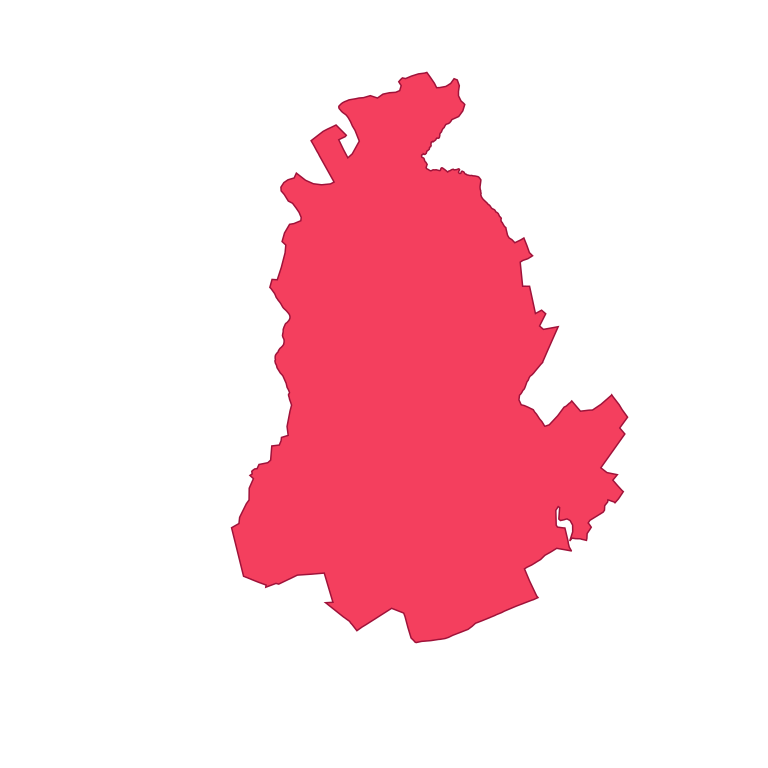 the district of Ixtacomitán, Chiapas, Mexico, rotated 329°
{"feature_id": "50627088B13512547734143", "entity_name": "Ixtacomitán", "entity_type": "district", "adm_level": 2, "iso_a3": "MEX", "parent_name": "Mexico", "parent_adm1": "Chiapas", "projection": "natural_earth1", "projection_center": [-93.084, 17.427], "detail": "fine", "context": "isolated", "style": "filled", "palette": "rose", "viewbox_px": 768, "rotation_deg": 329, "n_neighbors": 0, "source": "geoboundaries", "source_scale": "gbopen_adm2", "svg_char_len": 6159}
<svg xmlns="http://www.w3.org/2000/svg" viewBox="0 0 768 768"><g transform="rotate(329 384 384)"><path d="M552.3,132.5L552.4,137.1L548.6,140.6L544.3,140.0L538.8,137.2L532.4,135.0L525.7,135.5L520.8,129.8L513.9,128.0L509.9,126.0L506.4,124.8L500.3,122.4L498.5,122.2L495.6,121.7L493.1,121.6L491.0,121.9L488.5,122.6L487.9,123.2L487.4,124.8L487.7,126.3L488.0,128.5L488.5,130.1L490.0,133.6L490.3,135.3L490.5,137.2L490.4,141.9L489.8,146.5L489.8,151.7L487.9,163.1L475.3,170.4L469.5,171.5L470.0,162.1L471.0,151.3L478.2,152.0L479.8,151.4L476.3,137.3L471.7,136.9L467.0,136.4L462.0,136.1L446.8,137.9L446.7,143.9L446.4,150.0L446.4,152.9L446.2,155.1L445.3,183.4L445.2,185.2L441.1,184.9L433.1,181.1L426.6,176.0L421.7,169.0L417.5,158.1L413.1,161.1L406.9,159.5L401.9,159.8L397.0,162.2L395.3,165.5L396.1,170.2L396.2,177.9L398.7,182.0L399.3,187.9L399.6,193.2L398.8,198.6L396.8,201.2L389.4,200.1L385.3,198.5L376.5,203.3L370.0,209.4L371.4,214.3L366.8,220.6L356.0,231.2L346.2,239.7L341.9,236.7L335.9,242.4L336.3,244.0L336.8,249.8L336.7,251.3L336.2,254.3L336.4,256.1L336.4,257.4L336.8,260.3L336.9,262.0L336.8,266.0L337.0,267.5L337.8,270.2L338.1,271.4L338.6,274.6L338.6,276.1L338.2,277.6L337.4,279.0L336.3,279.9L335.0,280.6L332.5,281.4L330.9,281.5L330.1,281.9L328.6,283.0L327.7,283.6L325.7,285.3L324.4,287.4L322.9,289.0L321.9,290.2L321.5,291.6L321.2,294.3L320.7,295.4L319.9,296.7L319.0,297.6L318.5,298.3L316.5,299.2L314.5,299.7L313.2,299.9L312.5,300.2L311.0,300.9L309.4,302.1L307.9,302.4L305.8,303.4L304.8,304.5L303.9,306.0L303.4,307.3L302.4,308.0L301.6,310.3L301.5,312.4L300.7,315.0L300.8,321.3L301.3,323.4L301.5,325.1L301.3,326.7L300.5,333.0L299.2,337.0L299.1,339.5L298.7,342.5L297.9,343.4L296.9,343.6L296.2,344.9L295.8,346.7L295.1,348.7L294.6,351.4L293.9,354.5L289.5,358.8L279.0,370.5L275.4,378.7L268.6,377.0L266.6,379.6L262.8,382.4L255.9,379.3L247.6,390.9L243.8,391.6L235.4,388.6L231.6,391.2L229.4,390.2L227.2,390.4L225.7,390.7L224.7,393.2L222.0,393.3L223.3,397.9L214.8,403.9L208.6,413.9L204.4,415.7L191.6,423.9L187.8,428.9L179.3,428.7L164.6,476.5L174.0,488.9L179.4,495.6L178.0,497.3L188.7,499.3L190.7,501.3L211.3,503.2L223.8,509.6L235.4,515.3L227.8,544.8L221.3,541.4L229.2,562.6L232.3,569.8L232.3,571.4L232.8,573.9L233.7,581.5L240.2,581.0L244.6,581.0L275.0,580.2L282.4,589.8L282.9,590.6L282.2,594.3L279.1,605.0L276.4,615.7L277.3,619.0L277.7,621.3L278.4,622.2L283.7,624.0L292.0,628.1L293.7,628.8L299.1,631.0L300.5,631.7L305.2,633.6L308.8,634.4L313.5,634.8L329.7,637.6L334.7,637.1L339.2,636.2L345.4,637.3L359.8,639.5L361.5,639.6L367.0,640.5L370.3,640.7L382.9,642.5L399.2,645.4L400.9,645.8L406.0,646.4L405.7,644.3L407.3,628.0L409.2,614.8L412.0,614.7L417.5,615.2L423.4,615.1L427.9,615.1L433.7,613.7L440.7,613.9L447.4,613.8L453.3,618.9L459.0,623.9L458.7,623.5L458.8,619.2L460.0,615.3L460.5,614.3L460.9,613.2L464.9,600.6L463.6,599.7L459.0,596.0L458.9,593.7L466.2,580.8L470.2,578.8L470.9,580.4L464.3,589.8L464.9,591.9L468.4,593.1L469.4,593.3L471.4,593.9L473.2,596.9L473.0,602.1L469.6,607.9L462.4,614.2L465.7,613.0L466.1,613.2L468.5,615.2L472.3,617.6L472.9,618.2L473.3,618.7L477.0,622.3L478.4,620.8L481.1,616.8L486.0,614.5L487.9,613.5L487.7,609.8L487.4,608.3L490.3,606.9L505.9,606.7L508.0,605.7L510.5,602.0L515.0,600.3L516.3,598.6L516.5,598.8L518.9,601.8L520.4,603.5L520.8,604.8L525.9,603.2L533.7,599.5L533.2,598.0L532.0,592.0L530.6,584.3L537.3,581.9L529.5,574.8L526.7,567.5L564.7,550.9L563.4,543.1L575.7,537.9L574.9,528.6L574.9,522.9L573.7,512.6L573.6,510.5L573.0,510.8L559.4,513.2L549.3,513.7L546.0,511.9L538.4,508.5L536.2,495.2L533.9,496.0L533.1,495.9L528.9,496.8L526.4,496.6L516.5,500.7L504.6,504.1L500.5,503.2L500.0,502.9L500.0,502.6L500.0,497.6L499.4,494.1L499.2,488.4L498.7,485.6L498.7,483.0L495.5,478.0L493.2,474.8L490.9,472.5L491.5,467.1L494.4,463.4L496.3,462.9L498.0,462.1L499.6,461.1L501.7,460.5L503.5,459.2L507.6,455.8L509.6,455.0L511.5,453.5L513.1,452.6L515.7,452.3L517.9,451.7L520.3,450.8L528.3,448.0L531.2,447.2L531.4,446.8L542.6,438.8L562.8,424.6L548.8,419.3L547.2,414.4L558.8,407.1L557.1,401.9L550.1,401.6L559.1,375.2L553.2,371.6L563.5,349.7L566.7,349.6L571.8,350.7L577.4,350.6L576.3,346.3L577.8,338.9L579.1,330.9L575.3,330.9L568.9,330.3L568.0,326.2L566.5,323.2L566.5,320.2L568.3,314.5L569.0,312.7L568.4,311.0L568.4,308.6L568.5,306.4L568.2,305.2L568.8,303.5L569.9,302.3L569.8,301.3L569.4,299.8L569.7,296.7L569.2,295.2L568.5,294.0L568.6,292.5L568.5,291.7L567.9,290.6L567.1,289.5L566.7,288.2L566.7,286.5L566.5,285.0L565.8,283.7L565.6,282.1L564.1,276.7L563.9,274.2L564.4,271.6L565.4,270.6L565.9,269.0L566.4,268.2L566.8,266.5L567.8,264.5L570.7,260.9L571.8,259.5L572.2,258.8L572.0,256.8L571.8,255.5L571.3,254.6L569.2,252.6L567.5,251.4L566.6,250.4L565.4,249.8L564.5,249.1L563.7,248.2L562.9,247.6L562.6,246.6L562.0,246.2L561.6,244.9L561.7,244.0L561.6,243.3L561.0,242.4L560.6,241.8L560.2,241.7L559.4,242.0L558.3,243.0L557.4,242.6L557.0,242.2L556.9,240.9L557.6,240.2L558.7,239.7L559.2,239.2L559.0,238.1L558.3,237.9L556.6,237.6L554.4,236.6L554.0,235.6L552.9,235.2L551.6,235.1L550.6,235.2L548.9,234.8L547.8,235.1L546.4,231.2L545.4,228.9L544.8,228.4L543.9,228.5L543.1,229.3L542.4,229.8L541.9,229.9L541.2,229.4L539.0,227.2L537.7,226.6L536.6,225.8L536.0,225.6L534.8,225.6L533.9,225.3L533.2,224.6L532.6,223.2L531.5,221.5L531.5,220.3L533.2,218.7L534.1,218.0L534.1,215.5L533.8,214.6L533.9,213.2L534.3,212.1L534.4,211.0L533.9,210.0L533.3,209.3L533.5,208.0L534.3,207.1L536.0,207.3L536.3,206.9L537.1,208.2L537.5,208.3L539.1,208.0L540.6,206.5L541.5,206.5L543.7,206.1L544.3,205.5L544.5,205.0L545.2,204.6L546.3,204.6L547.2,203.9L547.6,202.8L548.6,201.6L549.0,201.1L550.6,201.1L550.7,201.7L553.1,201.5L554.2,201.3L555.6,200.4L556.8,201.0L557.5,201.5L558.4,201.2L559.8,199.8L560.3,198.8L561.3,198.0L563.1,197.5L564.4,196.4L566.2,195.4L567.6,195.2L568.9,194.3L570.7,193.4L572.1,193.6L573.2,193.9L574.7,193.9L576.2,193.4L577.4,192.9L578.3,192.3L585.8,193.2L592.2,190.5L597.2,186.0L596.8,184.2L595.8,181.1L596.3,175.3L598.5,171.6L602.2,167.1L603.4,161.1L601.3,158.4L596.0,160.7L590.3,160.8L584.4,158.6L581.7,157.1L582.1,152.2L581.7,145.1L581.2,139.0L578.9,138.4L573.2,135.9L566.1,134.2L559.8,133.3L557.4,131.1L555.0,131.6L552.3,132.5Z" fill="#f43f5e" stroke="#9f1239" stroke-width="1.5"/></g></svg>